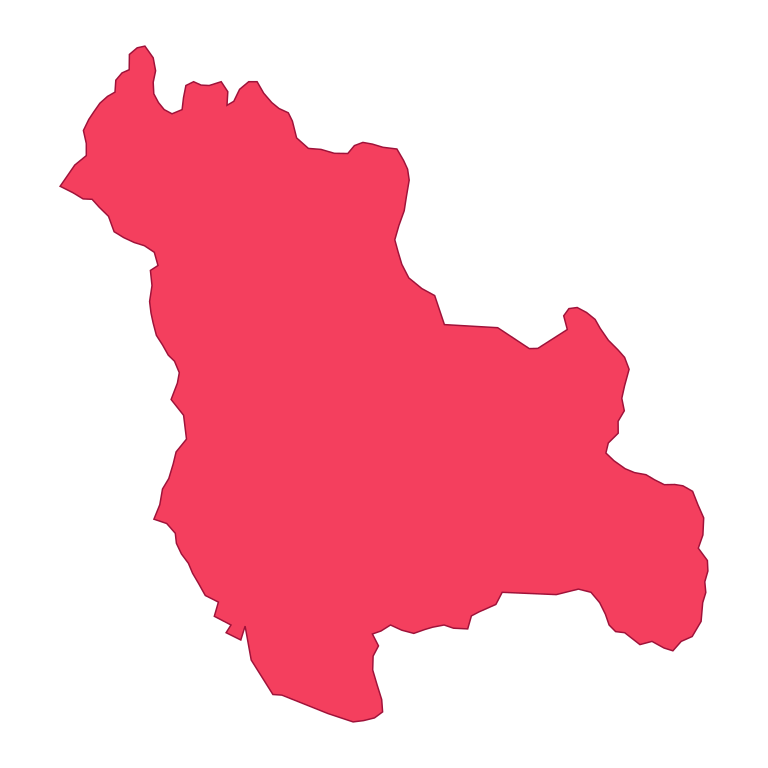 Canela, Rio Grande do Sul, Brazil (Equal Earth projection)
{"feature_id": "56859067B50689624337337", "entity_name": "Canela", "entity_type": "district", "adm_level": 2, "iso_a3": "BRA", "parent_name": "Brazil", "parent_adm1": "Rio Grande do Sul", "projection": "equal_earth", "projection_center": [-50.777, -29.344], "detail": "fine", "context": "isolated", "style": "filled", "palette": "rose", "viewbox_px": 768, "rotation_deg": 0, "n_neighbors": 0, "source": "geoboundaries", "source_scale": "gbopen_adm2", "svg_char_len": 2400}
<svg xmlns="http://www.w3.org/2000/svg" viewBox="0 0 768 768"><path d="M672.9,650.8L681.2,641.4L692.2,636.5L701.1,621.4L702.7,602.7L705.8,592.5L704.8,581.8L707.9,571.0L707.4,560.5L698.3,548.2L702.9,535.0L703.7,517.9L698.0,505.0L692.6,491.3L682.9,485.8L674.7,484.5L664.3,484.7L654.6,479.8L646.0,474.7L634.5,472.6L625.1,468.7L613.9,460.7L605.9,453.0L608.3,443.0L618.2,433.2L618.1,421.3L624.3,410.8L621.8,398.3L624.6,385.7L629.1,369.3L624.6,357.4L617.8,349.7L608.4,340.3L600.2,328.4L595.1,319.4L586.7,312.6L577.2,307.5L568.9,308.6L563.7,315.8L567.3,329.5L537.8,348.4L529.3,348.6L497.7,327.7L444.4,324.6L434.7,295.6L421.9,288.6L408.8,277.9L401.8,264.3L398.1,251.9L394.8,239.8L398.9,225.5L404.2,210.8L406.3,197.2L409.2,180.1L407.6,169.2L403.6,160.5L396.9,149.0L383.0,147.3L372.4,144.1L362.9,142.4L354.4,145.6L347.8,153.5L334.3,153.3L321.0,149.4L308.4,148.4L296.6,137.9L292.4,121.1L288.3,112.8L279.0,108.5L271.8,102.6L263.7,93.2L257.1,81.7L248.7,81.7L239.6,89.3L233.8,101.3L227.0,105.3L227.8,91.7L221.2,81.7L209.2,85.5L201.1,85.1L193.6,81.7L185.9,85.5L183.5,97.7L182.1,109.6L172.0,113.8L164.2,109.6L158.5,102.6L153.8,93.8L153.2,82.3L155.6,70.8L153.2,57.8L144.9,46.1L137.2,47.8L129.4,54.4L129.2,69.7L122.0,72.9L115.8,80.2L115.0,92.1L107.5,96.4L99.9,103.2L93.8,111.9L88.8,119.4L83.4,130.5L86.3,143.5L86.3,155.6L74.8,165.0L67.5,175.6L60.1,186.3L72.9,192.7L83.1,198.9L92.1,199.3L99.4,207.4L108.5,216.3L114.1,231.7L123.7,237.6L134.2,242.5L144.4,245.7L154.3,252.3L158.0,265.5L150.4,270.4L152.0,285.6L149.6,301.5L151.0,313.0L153.1,322.8L156.4,335.4L162.7,345.2L168.3,355.2L174.5,361.2L179.3,372.7L177.4,383.1L171.1,399.5L183.6,415.3L186.5,439.1L176.1,451.9L173.2,463.9L168.8,478.5L162.5,489.0L159.8,504.7L153.9,519.2L166.7,523.5L175.3,533.3L176.4,543.3L181.4,553.9L188.4,563.3L192.6,573.3L198.6,583.5L205.3,595.5L218.4,602.1L214.3,616.3L231.0,625.0L226.1,632.7L240.8,640.0L245.1,626.1L251.2,660.0L272.9,694.5L281.8,695.1L328.1,713.6L353.1,721.9L363.6,720.6L374.5,717.9L382.6,711.9L381.7,699.6L376.9,684.2L372.7,670.0L373.1,656.1L378.5,645.9L372.4,634.0L381.0,631.0L390.5,625.0L401.8,630.2L413.8,633.4L424.8,629.5L432.6,627.2L444.1,625.0L453.5,628.2L467.7,628.9L471.4,615.9L479.2,611.8L495.9,604.4L502.2,592.3L556.3,594.6L578.4,589.1L591.0,592.3L599.7,602.7L605.4,614.2L609.1,625.0L615.6,631.6L624.7,632.7L639.9,644.6L652.0,641.4L664.0,648.0L672.9,650.8Z" fill="#f43f5e" stroke="#9f1239" stroke-width="1.5"/></svg>